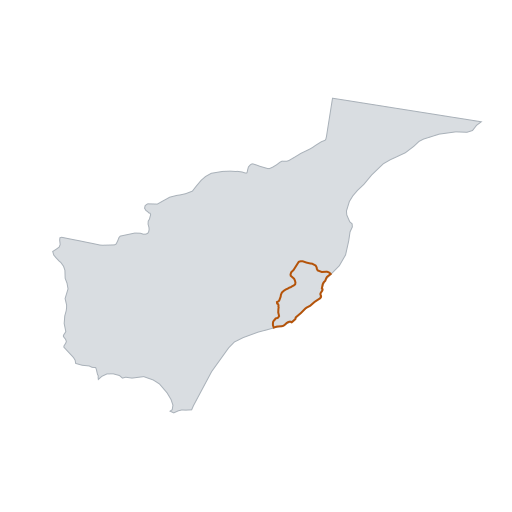 where Doukkala - Abda sits in Morocco, rotated 189°
{"feature_id": "MAR-1457", "entity_name": "Doukkala - Abda", "entity_type": "Region", "adm_level": 1, "iso_a3": "MAR", "parent_name": "Morocco", "parent_adm1": "", "projection": "natural_earth1", "projection_center": [-8.625, 32.606], "detail": "fine", "context": "in_parent", "style": "outline", "palette": "amber", "viewbox_px": 512, "rotation_deg": 189, "n_neighbors": 0, "source": "natural_earth", "source_scale": "10m", "svg_char_len": 3800}
<svg xmlns="http://www.w3.org/2000/svg" viewBox="0 0 512 512"><g transform="rotate(189 256 256)"><path d="M58.6,419.6L61.8,413.8L67.0,411.2L78.0,409.9L94.2,405.0L108.8,397.7L112.9,394.7L117.4,388.9L124.7,381.3L138.4,372.1L144.7,367.0L154.4,354.2L160.7,343.6L166.0,336.7L169.7,330.7L172.3,324.5L173.7,314.6L172.8,310.8L168.8,304.5L166.1,302.8L165.4,299.8L166.9,294.5L166.8,285.5L167.7,271.1L172.2,259.4L183.1,244.2L185.1,237.9L186.4,228.0L186.5,224.4L200.1,210.3L208.0,199.5L210.8,196.8L217.8,191.9L242.1,181.1L255.9,173.4L263.9,167.7L268.6,161.1L281.7,135.0L294.4,98.3L295.5,94.0L301.2,92.8L305.3,92.3L308.6,90.9L312.7,88.2L316.6,89.3L314.7,91.1L314.7,95.7L317.5,101.0L322.4,106.9L331.3,114.5L338.2,117.5L348.0,119.3L359.4,116.0L365.7,115.9L368.8,114.5L372.2,116.6L378.7,117.3L384.8,116.2L389.5,113.0L392.4,109.4L392.9,111.2L393.1,113.1L394.0,114.2L395.9,118.9L396.9,120.7L400.5,120.4L403.6,121.3L410.6,120.9L417.3,121.7L418.3,124.7L420.3,127.1L427.3,132.6L431.5,135.9L431.6,137.1L430.4,139.9L429.9,141.8L431.0,143.9L433.6,146.3L433.8,147.5L433.2,148.9L432.0,151.5L434.9,159.3L435.5,166.9L434.9,172.2L435.0,175.3L435.4,178.0L437.9,184.1L436.5,194.1L438.4,199.6L441.0,204.1L442.5,212.0L444.5,215.8L447.8,219.1L449.7,220.2L453.3,223.0L455.9,225.3L457.5,228.7L454.3,231.5L451.8,234.0L451.2,236.7L452.4,241.0L452.5,243.3L450.9,244.1L444.2,243.8L438.9,243.6L432.9,243.4L424.4,243.0L419.1,242.8L411.9,242.4L409.4,242.6L402.9,243.8L398.2,244.7L397.4,244.9L396.0,246.0L395.0,249.2L394.2,252.8L393.2,254.4L379.3,259.7L373.8,260.4L370.6,259.9L368.4,260.3L366.5,261.4L365.8,263.1L365.7,265.3L366.2,267.5L367.6,270.6L367.9,273.6L367.0,275.8L366.8,277.9L366.5,280.3L367.2,281.6L368.6,281.8L369.9,282.8L371.9,283.8L373.5,285.7L373.4,288.3L372.1,289.8L371.0,290.6L365.7,291.3L361.6,291.8L356.2,296.1L350.4,300.6L343.6,303.5L340.6,304.4L335.3,306.5L329.0,310.1L325.9,315.7L322.0,322.2L318.3,326.6L313.1,330.7L308.3,332.3L302.3,334.3L294.6,335.8L289.2,336.3L287.6,336.7L282.8,336.8L280.5,336.4L278.7,336.3L278.0,336.7L277.8,337.8L277.7,340.1L277.4,342.8L275.9,345.1L274.8,346.1L273.6,346.5L269.6,345.9L266.2,345.2L258.2,344.2L256.6,344.4L256.0,344.7L253.5,346.3L249.7,349.5L247.1,352.3L245.2,353.7L240.5,354.4L238.5,355.4L229.9,362.5L228.0,364.2L219.1,370.4L216.6,372.5L214.6,374.5L209.3,379.1L205.9,381.1L205.3,382.3L205.1,385.0L205.1,391.2L205.1,397.1L205.1,405.7L205.1,414.3L205.1,423.8L54.5,423.8L58.6,419.6Z" fill="#d9dde1" stroke="#a8b0b8" stroke-width="1"/><path d="M179.4,249.9L182.5,246.6L182.9,245.8L183.1,245.2L183.5,243.6L183.6,242.9L183.7,242.4L184.9,240.8L185.4,239.7L185.7,238.4L185.9,234.3L185.7,234.1L185.1,233.7L185.0,233.4L185.0,232.6L185.2,231.9L186.1,230.1L186.4,229.3L186.5,228.5L186.2,227.9L185.9,227.4L185.6,226.9L185.4,226.2L185.4,225.5L186.0,224.3L190.9,219.9L194.7,215.3L197.9,213.0L199.0,211.9L202.8,206.6L206.9,201.9L207.2,201.4L207.2,200.9L207.2,200.0L207.5,199.5L210.2,196.2L210.5,196.0L210.8,196.1L211.1,196.4L211.4,196.5L212.2,196.5L212.8,196.3L214.0,195.7L215.2,194.7L217.1,192.2L218.3,191.2L219.7,190.6L224.2,189.6L227.3,188.1L228.4,190.2L228.7,191.6L228.8,193.5L228.2,195.2L227.6,195.8L227.2,196.5L227.1,197.1L226.5,197.6L225.6,197.9L224.7,198.4L224.2,199.3L223.8,200.3L225.2,203.7L225.6,207.3L225.6,208.8L226.0,209.7L226.0,210.6L226.2,211.2L226.6,211.9L227.3,212.1L227.7,212.4L228.1,213.8L226.7,214.7L226.1,215.7L225.3,219.6L225.3,221.7L224.7,224.0L223.0,226.1L221.2,227.7L219.6,228.7L218.1,230.0L216.8,230.6L215.4,231.9L214.2,232.7L212.9,234.1L212.9,236.0L213.7,237.8L214.8,239.5L218.6,241.9L219.0,243.2L218.7,245.4L216.7,248.1L212.9,256.9L211.1,257.8L209.0,258.1L205.2,257.4L201.2,257.1L199.4,257.2L195.6,255.9L194.3,254.2L193.9,252.8L192.8,251.4L188.5,250.5L183.5,251.6L181.9,251.3L180.8,250.9L179.5,250.0L179.4,249.9Z" fill="none" stroke="#b45309" stroke-width="2"/></g></svg>